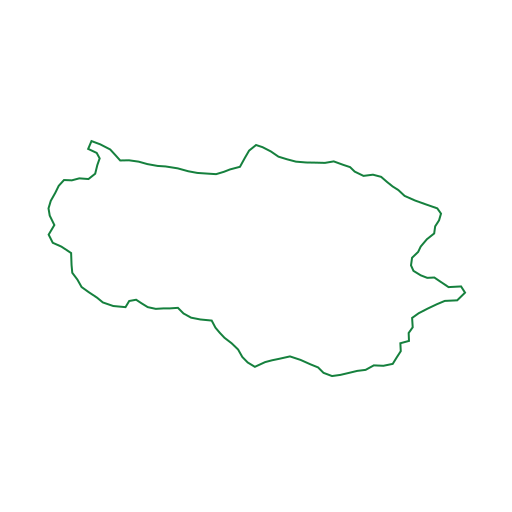 São Geraldo da Piedade, Minas Gerais, Brazil, rotated 278°
{"feature_id": "56859067B84710447672664", "entity_name": "São Geraldo da Piedade", "entity_type": "district", "adm_level": 2, "iso_a3": "BRA", "parent_name": "Brazil", "parent_adm1": "Minas Gerais", "projection": "natural_earth1", "projection_center": [-42.309, -18.896], "detail": "fine", "context": "isolated", "style": "outline", "palette": "green", "viewbox_px": 512, "rotation_deg": 278, "n_neighbors": 0, "source": "geoboundaries", "source_scale": "gbopen_adm2", "svg_char_len": 1783}
<svg xmlns="http://www.w3.org/2000/svg" viewBox="0 0 512 512"><g transform="rotate(278 256 256)"><path d="M323.7,433.3L328.4,428.9L330.9,416.3L333.1,405.7L336.2,394.8L341.1,387.8L343.9,381.6L347.4,375.7L351.8,368.9L352.8,360.5L350.3,351.3L353.3,342.0L357.1,336.8L358.4,329.7L360.5,319.8L357.8,311.3L356.8,302.5L355.6,292.8L355.0,282.4L356.1,273.2L357.5,264.4L361.6,256.2L364.7,247.3L365.9,240.6L359.4,234.5L351.8,231.4L342.1,227.7L338.1,218.2L334.9,212.5L331.5,205.1L330.9,197.4L330.1,186.3L330.5,177.1L331.9,166.3L332.1,154.0L331.5,146.0L331.9,135.6L333.1,126.7L333.1,116.9L331.7,108.2L336.1,103.0L341.2,96.8L344.9,86.2L346.9,77.1L338.7,74.9L335.9,83.9L330.9,87.6L323.9,86.2L315.1,85.3L308.9,79.4L308.3,70.2L305.3,63.1L304.5,55.3L298.1,50.9L290.5,48.4L282.1,45.1L274.3,43.9L267.3,46.1L258.6,52.0L248.3,47.7L240.8,52.9L238.2,62.0L233.2,72.5L221.4,74.6L213.8,76.4L207.8,82.4L201.0,87.6L197.0,95.2L192.5,104.6L188.7,110.8L186.6,121.6L187.2,133.9L193.8,136.7L196.0,143.4L193.2,149.3L190.3,155.9L189.7,164.1L191.2,171.5L192.2,178.3L193.8,185.9L189.0,192.2L185.9,200.3L185.4,209.7L185.9,221.1L179.4,225.8L175.0,230.7L170.6,236.2L166.2,244.0L160.9,251.3L154.1,256.5L149.4,262.6L146.1,270.3L152.2,279.8L155.0,286.5L157.5,293.5L161.3,303.6L159.3,314.6L156.3,325.0L154.3,333.0L149.7,339.1L147.7,348.0L150.0,356.1L153.1,364.1L156.3,372.2L158.5,380.4L164.1,387.9L165.0,397.4L168.2,406.4L175.0,409.4L181.9,412.6L189.7,411.1L193.2,419.3L201.0,417.9L207.2,421.1L216.4,419.2L222.0,425.1L227.8,433.3L233.4,441.8L237.8,449.2L240.1,461.4L248.8,468.1L254.4,463.3L252.0,451.0L256.1,442.5L259.5,435.6L258.2,428.6L259.8,421.8L263.2,414.0L268.3,410.8L276.0,410.8L282.6,416.0L288.3,417.8L296.4,422.9L303.1,429.3L310.3,429.3L316.8,432.3L323.7,433.3Z" fill="none" stroke="#15803d" stroke-width="2"/></g></svg>